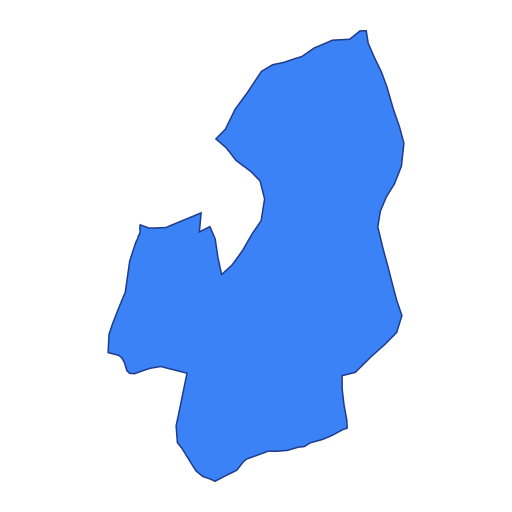 the district of Ika North East, Delta, Nigeria
{"feature_id": "59680162B56433787774877", "entity_name": "Ika North East", "entity_type": "district", "adm_level": 2, "iso_a3": "NGA", "parent_name": "Nigeria", "parent_adm1": "Delta", "projection": "natural_earth1", "projection_center": [6.281, 6.235], "detail": "fine", "context": "isolated", "style": "filled", "palette": "blue", "viewbox_px": 512, "rotation_deg": 0, "n_neighbors": 0, "source": "geoboundaries", "source_scale": "gbopen_adm2", "svg_char_len": 1563}
<svg xmlns="http://www.w3.org/2000/svg" viewBox="0 0 512 512"><path d="M272.7,64.7L261.4,71.4L247.4,92.5L235.1,109.3L225.4,129.2L215.9,138.9L226.4,148.0L236.1,160.5L251.2,171.8L260.1,181.1L264.6,198.9L261.1,220.8L255.8,228.5L252.3,233.5L242.7,250.3L232.1,265.0L221.6,274.5L218.0,257.8L215.2,239.0L209.9,226.6L199.4,231.9L201.1,212.9L186.5,218.9L171.8,225.0L166.0,227.5L161.6,227.7L155.0,228.0L148.9,228.0L144.4,226.4L140.2,224.8L139.9,227.0L139.9,229.7L140.2,231.7L139.4,234.5L138.2,236.1L138.0,237.8L135.8,242.3L129.7,261.0L125.3,292.1L119.2,306.8L112.6,323.6L109.0,334.4L108.1,352.6L118.9,355.4L121.9,358.0L124.5,362.7L126.8,370.5L129.6,373.3L134.5,373.7L142.9,370.7L150.0,368.3L160.6,366.5L187.0,373.2L178.2,416.1L176.1,425.8L177.4,442.7L181.9,448.3L195.9,470.8L202.8,476.5L210.5,479.1L215.0,481.3L225.6,475.7L236.7,470.3L241.0,464.8L243.7,461.4L246.8,459.0L268.4,451.1L276.5,451.3L287.3,450.4L298.2,447.2L304.2,446.6L310.2,442.9L322.9,439.3L332.2,435.3L343.4,429.3L346.1,428.6L347.2,428.0L346.7,419.5L344.0,404.9L342.2,389.3L342.1,375.7L355.3,372.4L358.7,369.0L367.0,360.8L371.2,356.6L385.3,344.0L388.3,340.9L396.7,332.4L401.9,315.6L396.6,300.0L393.0,286.4L388.5,268.7L383.1,248.9L377.8,227.0L380.3,211.3L386.5,196.6L394.4,184.0L401.4,166.2L402.2,159.1L403.9,143.2L399.4,126.5L393.2,108.8L393.0,108.0L386.9,86.9L381.6,72.4L374.3,57.3L368.2,43.3L366.2,30.7L360.0,30.9L349.6,39.3L339.3,39.8L332.4,40.2L326.4,42.8L317.3,46.7L314.3,47.9L310.4,50.6L301.9,56.5L295.3,58.5L291.2,59.9L283.8,62.4L272.7,64.7Z" fill="#3b82f6" stroke="#1e3a8a" stroke-width="1.5"/></svg>